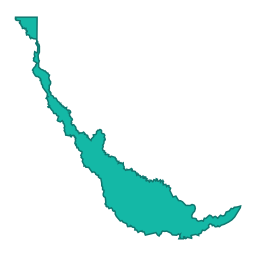 outline of Nhamundá, Amazonas, Brazil
{"feature_id": "56859067B20475457362782", "entity_name": "Nhamundá", "entity_type": "district", "adm_level": 2, "iso_a3": "BRA", "parent_name": "Brazil", "parent_adm1": "Amazonas", "projection": "robinson", "projection_center": [-57.83, -1.081], "detail": "fine", "context": "isolated", "style": "filled", "palette": "teal", "viewbox_px": 256, "rotation_deg": 0, "n_neighbors": 0, "source": "geoboundaries", "source_scale": "gbopen_adm2", "svg_char_len": 5786}
<svg xmlns="http://www.w3.org/2000/svg" viewBox="0 0 256 256"><path d="M66.6,107.5L64.8,108.0L64.4,107.1L63.4,107.2L63.1,106.0L61.7,105.8L61.5,104.6L60.5,104.4L60.6,103.4L60.0,103.6L59.0,102.1L57.7,101.4L56.0,98.2L53.9,98.0L53.2,96.3L50.8,94.8L50.7,93.1L50.3,92.6L50.7,92.6L49.9,91.4L49.3,91.3L49.2,90.3L48.6,89.8L49.3,89.1L49.2,85.4L49.7,85.3L50.6,83.7L50.6,81.6L49.5,80.2L48.7,77.7L49.5,75.1L48.4,74.5L47.9,73.1L46.9,72.9L45.1,70.9L44.3,71.0L43.0,70.0L40.9,69.3L38.7,67.1L38.6,63.3L39.3,60.8L38.8,60.4L38.3,57.8L38.1,55.1L39.4,52.2L39.4,46.1L38.8,44.2L37.7,43.8L37.7,41.7L36.9,40.4L37.1,17.2L15.5,17.2L15.4,18.6L16.0,18.9L15.6,19.7L16.4,20.3L20.2,20.8L20.2,21.5L19.4,22.7L19.7,23.3L20.2,23.0L21.4,25.9L22.4,26.7L22.2,28.0L22.7,28.5L24.4,28.1L24.7,28.8L25.9,28.4L26.1,30.3L27.3,31.1L27.2,31.7L26.1,32.2L26.6,35.0L27.8,34.7L29.4,35.4L29.9,37.5L30.8,38.6L31.5,37.6L33.4,38.7L35.8,38.9L36.6,39.4L36.8,42.0L36.6,42.8L35.9,42.9L35.8,43.5L37.8,46.6L37.5,52.1L36.9,52.9L34.7,51.7L34.3,54.5L34.9,56.6L33.5,58.2L33.9,58.8L33.5,60.7L37.1,63.1L35.6,65.2L35.9,65.8L33.6,68.2L32.5,70.1L33.4,71.0L33.2,72.3L35.4,75.8L36.2,76.4L38.1,76.6L40.5,78.6L40.2,80.2L40.8,80.0L41.5,84.0L42.5,85.3L42.7,87.2L47.5,93.7L47.2,95.7L48.2,96.7L46.9,97.0L46.1,98.4L47.3,99.0L48.5,102.5L48.1,104.2L49.6,105.8L47.9,106.7L48.3,107.4L50.1,107.5L51.6,109.9L52.8,110.9L53.7,113.4L56.0,113.6L56.9,115.5L58.6,116.3L57.3,120.4L58.0,121.1L60.4,121.9L62.2,120.7L63.3,122.0L63.0,122.9L63.9,123.7L64.5,125.3L64.7,127.0L64.1,127.5L64.7,130.1L64.2,130.6L65.4,132.9L65.7,135.1L69.2,135.7L70.2,134.9L70.7,135.3L70.6,136.6L71.4,136.8L71.8,135.6L73.3,135.3L74.1,135.6L74.1,136.5L74.8,137.3L75.4,137.2L75.8,138.4L75.3,138.8L75.6,141.3L75.1,142.0L74.9,143.6L75.4,144.2L76.0,144.1L76.2,144.7L75.8,145.2L76.7,146.4L76.9,147.8L78.0,147.7L78.9,150.1L80.8,151.3L81.6,151.4L82.0,152.0L81.9,153.3L80.8,155.4L81.5,156.3L81.1,157.4L82.9,159.1L82.3,161.4L84.0,164.7L84.0,166.1L85.1,165.8L85.8,167.2L88.7,167.4L92.1,172.3L92.9,171.9L94.5,172.2L95.5,173.2L95.8,174.4L97.2,175.2L98.5,175.3L98.4,177.0L99.6,178.1L100.8,178.5L101.7,182.9L101.8,185.9L102.6,186.9L102.6,189.7L104.0,190.3L103.7,192.5L103.3,193.2L103.2,195.1L103.8,196.5L105.2,197.4L105.4,198.2L105.8,202.5L105.1,203.8L105.3,204.4L106.0,204.4L106.1,206.2L106.6,206.7L107.2,206.4L107.9,206.7L109.0,208.6L111.4,207.8L112.5,209.2L112.7,210.6L113.8,211.2L114.6,210.9L115.3,212.1L115.2,214.0L116.4,216.4L120.3,221.0L121.9,220.6L123.1,222.2L126.7,223.6L127.6,226.6L129.7,226.5L130.3,225.6L130.9,226.4L131.5,226.0L132.3,227.1L134.2,227.4L135.1,228.5L134.8,229.9L136.7,230.1L138.1,232.4L140.3,231.1L141.5,231.4L142.0,230.9L142.8,231.9L144.1,231.9L145.4,235.1L155.9,232.6L157.6,235.0L159.1,236.0L160.2,234.2L161.1,233.8L161.9,231.8L162.5,231.1L164.7,231.4L166.7,231.1L170.9,233.1L172.3,234.9L176.6,235.2L178.5,234.0L179.5,234.8L180.3,234.2L179.7,236.2L180.3,237.6L179.0,238.2L178.8,238.8L183.5,238.8L183.9,238.2L183.6,237.0L184.0,236.7L184.9,237.1L184.9,238.3L185.3,238.6L186.0,238.5L187.2,237.3L191.6,238.3L191.7,237.2L190.9,235.8L191.2,235.4L195.6,234.4L198.7,235.5L198.6,234.1L201.0,233.2L202.4,230.2L204.8,230.5L208.9,227.3L208.5,225.2L210.1,223.8L211.8,224.4L212.3,225.7L213.8,225.2L215.2,226.8L217.2,226.6L218.3,225.3L217.9,226.3L219.5,226.7L221.3,225.1L224.1,224.3L228.6,222.0L231.8,219.9L234.6,217.0L240.3,207.7L240.6,206.0L237.2,207.0L234.2,207.3L233.5,208.4L232.7,208.7L231.2,208.4L229.2,211.0L226.2,212.0L224.7,215.3L222.8,216.1L220.5,215.2L217.7,218.2L215.5,216.4L214.2,216.7L213.0,217.8L210.9,215.6L209.4,215.2L206.3,218.1L205.6,218.5L204.3,218.2L203.2,221.1L201.6,220.5L198.4,221.3L196.7,220.3L196.3,218.9L195.6,218.5L192.4,218.1L191.9,217.4L191.8,215.3L193.0,212.9L194.5,211.3L195.3,208.6L194.9,206.3L194.0,205.1L192.0,204.5L190.1,205.5L185.9,205.4L182.5,201.8L180.6,200.8L178.5,200.5L175.9,196.1L173.0,197.0L169.8,190.4L170.6,188.2L169.1,187.2L168.9,185.6L167.7,185.6L166.7,186.6L165.8,184.4L163.3,184.8L163.4,183.6L162.5,182.9L163.5,181.8L162.9,180.6L162.5,181.6L161.3,180.7L160.5,181.9L160.3,180.0L158.2,181.3L157.1,180.7L157.4,179.3L156.3,178.8L156.2,180.2L155.7,180.9L155.1,180.1L153.9,179.7L153.0,181.6L152.6,181.7L151.3,180.4L150.0,180.2L150.1,181.1L149.4,182.0L147.9,180.2L146.3,180.9L146.0,180.1L146.9,178.7L145.9,178.4L145.8,177.1L144.8,176.8L144.3,178.3L143.3,178.3L143.0,177.9L143.4,177.1L143.0,176.1L140.6,177.2L140.2,175.6L138.7,175.2L138.3,174.2L136.8,175.3L136.6,174.7L137.1,173.2L135.7,172.8L135.4,171.6L134.7,171.3L132.8,171.1L132.5,170.5L131.8,170.8L131.6,170.5L132.2,169.2L131.3,168.5L129.9,169.8L129.3,169.5L127.9,170.0L127.0,169.3L126.8,169.9L125.6,170.3L124.4,168.7L123.7,168.6L124.2,167.0L123.4,165.5L123.2,162.9L122.0,163.6L121.0,162.7L120.4,163.3L119.8,162.7L118.3,163.4L118.8,161.4L117.2,161.5L116.8,160.3L116.0,159.8L116.0,158.6L115.3,158.3L115.1,157.4L111.2,156.2L110.5,157.1L109.5,156.4L108.8,156.6L108.4,156.0L108.8,154.7L107.1,154.2L106.0,154.7L105.3,154.5L105.6,152.6L104.2,152.2L104.5,151.0L102.9,150.3L102.4,148.3L103.1,147.0L103.2,146.1L102.7,145.3L103.8,143.5L104.1,140.9L104.4,140.1L104.8,140.3L105.2,139.7L104.9,138.1L104.1,137.3L104.8,135.3L103.9,133.9L102.2,133.5L101.4,132.6L101.6,130.9L101.0,129.9L99.9,129.5L98.6,130.4L97.9,130.2L96.5,131.8L96.5,133.3L96.1,134.0L95.5,134.6L93.3,134.8L93.7,136.7L91.6,138.7L91.0,140.5L88.3,137.9L87.8,136.2L87.2,136.6L87.3,135.3L86.3,135.1L85.2,134.0L84.6,134.2L84.7,133.3L83.6,132.1L82.1,133.0L80.9,132.8L79.1,133.5L79.0,132.3L77.9,131.8L77.8,130.8L76.2,130.1L76.4,129.4L75.7,128.4L75.8,127.3L73.8,124.8L72.7,124.6L72.3,125.2L71.1,123.6L71.7,122.3L71.3,121.9L71.3,120.9L72.4,119.8L72.0,118.5L71.2,118.1L70.3,116.4L69.6,115.9L69.5,114.0L69.9,113.3L69.2,113.0L70.6,112.5L70.6,111.9L70.2,110.9L68.8,110.0L68.3,110.2L68.1,110.8L66.3,109.0L66.6,107.5Z" fill="#14b8a6" stroke="#0f766e" stroke-width="1.5"/></svg>